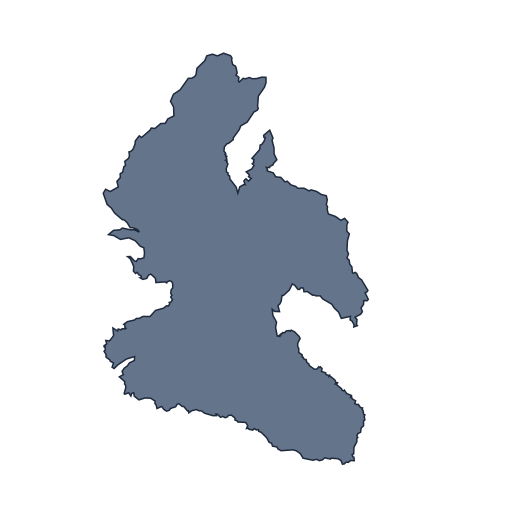 Quito, Pichincha, Ecuador, rotated 201°
{"feature_id": "8360857B23484517950931", "entity_name": "Quito", "entity_type": "district", "adm_level": 2, "iso_a3": "ECU", "parent_name": "Ecuador", "parent_adm1": "Pichincha", "projection": "albers", "projection_center": [-78.517, -0.167], "detail": "fine", "context": "isolated", "style": "filled", "palette": "slate", "viewbox_px": 512, "rotation_deg": 201, "n_neighbors": 0, "source": "geoboundaries", "source_scale": "gbopen_adm2", "svg_char_len": 6060}
<svg xmlns="http://www.w3.org/2000/svg" viewBox="0 0 512 512"><g transform="rotate(201 256 256)"><path d="M391.0,377.5L391.3,369.8L386.3,365.5L382.9,357.4L387.4,352.5L388.3,347.3L392.4,345.5L396.0,338.9L399.7,337.9L400.1,335.4L405.2,325.7L408.1,326.3L409.9,320.2L409.0,316.8L409.1,311.3L410.6,308.5L411.9,307.7L410.0,304.0L410.0,301.5L412.4,297.3L410.2,293.7L411.4,292.1L410.5,286.5L412.3,284.1L410.8,280.6L412.6,275.8L409.3,271.1L415.3,263.9L420.3,264.4L421.1,259.8L413.4,250.7L408.2,248.9L403.5,245.5L393.9,242.0L392.1,242.5L388.3,241.0L383.5,237.3L381.3,238.2L376.5,238.3L374.1,237.2L374.2,236.5L379.0,236.9L382.7,235.4L390.8,234.2L392.4,231.7L398.2,228.9L401.4,223.1L396.1,224.1L388.5,222.9L381.3,227.4L374.3,227.0L367.5,223.6L363.7,223.5L361.2,218.9L360.0,214.2L363.0,211.8L365.1,211.4L365.8,208.0L367.8,207.9L373.1,210.5L375.6,209.4L372.1,208.2L366.3,202.3L365.1,198.0L362.2,196.5L361.0,198.2L358.8,196.5L356.3,196.3L355.3,194.7L356.3,194.1L353.3,193.6L350.0,195.9L349.5,199.6L347.6,201.4L341.9,199.1L339.9,195.3L331.7,199.2L329.7,198.9L329.7,200.1L327.6,202.1L325.5,201.8L324.0,200.6L322.3,196.3L323.1,194.1L322.3,190.7L320.4,189.1L321.0,187.2L318.3,185.2L318.9,182.6L320.4,181.5L319.4,180.5L319.9,177.9L321.7,177.5L323.6,174.2L330.3,169.2L333.3,161.5L339.9,159.1L342.6,156.0L345.3,154.8L346.5,152.7L352.6,148.6L355.0,144.8L353.7,144.5L352.8,142.4L351.4,142.0L351.7,141.2L354.9,140.1L355.6,138.7L358.5,138.4L358.3,136.4L363.8,137.5L360.4,130.5L362.3,124.3L366.0,123.3L363.8,120.5L364.9,119.1L364.5,117.9L365.6,118.0L365.6,117.1L363.6,116.0L363.1,113.7L363.7,112.6L360.9,110.5L359.7,107.8L355.4,106.7L354.3,105.5L350.7,105.1L350.5,100.6L348.1,100.1L345.8,105.2L339.9,113.5L333.3,118.6L332.1,114.9L335.9,110.8L336.7,107.3L338.8,104.0L339.7,100.3L337.3,97.8L340.3,94.2L333.5,91.7L332.8,89.3L331.4,88.6L330.4,86.5L329.8,80.3L328.8,80.0L325.9,82.7L322.6,80.4L322.8,83.3L321.0,84.4L319.6,81.6L313.7,79.7L308.9,83.6L303.4,85.5L298.3,84.4L297.5,82.1L295.8,81.1L293.8,78.1L290.2,81.7L286.7,79.6L283.9,79.1L281.7,80.8L281.1,83.1L277.0,86.4L276.4,89.5L274.8,90.4L271.1,89.1L269.5,89.6L264.5,86.8L263.7,87.3L262.5,85.5L260.5,88.6L256.7,91.2L253.4,91.1L251.7,91.9L247.6,90.8L238.9,91.5L235.7,92.8L236.7,94.2L235.5,94.4L231.3,92.7L229.6,94.3L226.7,94.0L224.9,95.8L224.7,97.2L221.9,98.6L217.6,97.2L216.8,95.3L214.7,95.4L213.6,94.5L206.0,96.9L203.0,94.8L203.0,91.5L201.6,92.4L200.4,91.7L196.6,92.3L195.8,94.3L193.4,93.7L191.5,94.8L190.7,93.3L187.8,93.2L180.8,90.1L177.0,86.8L174.3,86.7L172.4,84.4L168.1,85.2L166.3,83.7L162.8,83.2L152.2,88.2L148.8,88.6L143.8,87.4L139.6,84.1L129.8,85.7L126.5,87.9L123.6,87.6L121.0,89.4L119.5,92.2L113.7,93.1L113.3,94.2L106.9,96.1L103.4,95.5L100.7,92.6L99.0,93.6L98.1,95.7L95.8,96.5L94.3,99.0L90.9,100.1L92.5,103.3L93.6,103.2L95.1,105.0L93.9,106.3L96.0,112.5L95.3,118.8L96.6,122.0L95.9,123.0L97.5,124.6L97.1,126.9L95.2,128.9L96.2,133.2L94.7,136.0L96.5,140.5L95.6,142.0L97.4,144.8L97.4,146.7L98.7,146.7L100.8,150.3L102.0,150.8L102.0,152.3L104.2,152.0L107.4,154.2L108.5,153.4L110.9,153.6L111.1,156.5L115.0,157.1L116.1,158.6L117.0,158.0L116.9,160.0L122.1,160.1L125.5,162.5L126.2,161.4L127.6,161.5L128.6,162.8L135.0,164.8L134.7,165.6L136.0,165.2L135.0,166.8L136.0,166.5L137.9,168.5L143.9,170.5L144.6,169.7L144.8,171.1L145.9,170.3L148.7,170.7L149.1,171.9L153.5,171.7L154.0,174.6L156.2,175.6L157.0,174.6L157.7,175.0L158.6,172.3L160.9,171.2L167.0,172.8L168.0,174.2L170.4,174.8L172.1,177.3L174.0,176.8L175.7,178.4L176.7,178.2L177.4,180.2L181.5,181.3L182.9,184.9L184.8,186.7L185.8,190.0L185.2,194.7L186.8,196.3L192.7,199.0L196.6,199.4L197.3,197.9L198.3,198.3L200.9,196.9L201.7,194.7L203.5,194.2L203.5,192.7L203.8,193.4L204.6,192.6L204.5,191.3L204.9,191.9L206.1,189.9L205.6,189.3L207.5,188.9L212.1,196.3L213.1,201.6L218.9,206.5L221.7,212.0L218.7,210.9L214.1,212.5L217.7,217.6L216.5,219.9L216.3,223.0L217.6,228.4L216.2,229.0L212.7,236.1L212.1,242.9L209.5,242.6L204.8,239.8L203.4,240.4L202.7,242.4L200.3,243.0L198.4,239.8L195.3,241.2L189.0,239.6L187.8,240.6L186.0,240.2L181.7,241.8L178.5,239.9L167.8,238.1L164.7,235.7L158.7,233.1L154.0,228.3L146.2,233.5L145.3,230.1L143.1,229.7L139.8,227.0L139.3,224.8L136.4,227.3L137.6,228.0L138.9,232.9L141.6,234.3L137.4,239.2L136.7,242.1L139.3,245.2L138.3,249.1L139.3,253.1L136.3,254.0L135.6,255.7L141.0,260.9L139.4,262.5L139.2,264.0L149.0,271.6L152.6,272.6L155.6,275.7L157.6,276.3L158.9,274.7L160.0,275.0L162.6,280.2L165.5,281.9L167.6,285.6L170.4,286.7L170.4,291.2L173.1,293.9L176.1,303.0L176.8,310.1L180.1,311.7L182.4,317.7L182.2,320.5L186.8,322.9L189.6,319.7L196.0,321.4L203.6,321.2L206.3,325.1L206.9,327.7L208.7,329.0L209.6,334.0L212.0,337.5L216.9,336.8L222.6,338.0L228.3,337.5L229.7,335.8L235.4,336.5L241.3,334.2L243.9,335.2L248.7,334.9L253.7,337.0L255.5,335.6L261.0,338.3L265.9,337.0L269.7,339.8L276.1,339.5L276.3,340.9L278.1,342.4L275.0,343.4L275.1,344.8L272.8,347.0L272.9,348.6L271.0,353.3L275.7,357.8L278.0,363.5L282.5,369.8L282.4,372.2L288.3,378.4L292.1,371.4L291.0,369.5L289.8,369.9L289.6,366.1L290.6,362.2L291.9,361.1L290.7,356.6L294.8,345.7L292.3,345.1L292.3,343.4L291.5,342.6L292.6,340.8L290.3,339.9L291.1,335.8L295.3,331.1L291.7,329.5L291.0,328.8L291.4,327.3L288.3,326.8L289.9,323.2L293.0,324.5L293.6,323.6L294.2,321.6L291.6,318.7L292.9,318.4L295.9,314.9L295.5,308.2L299.2,313.2L307.9,318.5L309.3,321.2L311.2,321.7L311.8,323.5L313.6,323.8L315.0,326.7L315.3,332.1L317.1,333.1L316.9,334.3L318.8,334.5L317.9,335.9L319.0,337.1L318.9,338.5L320.0,338.3L320.5,339.9L321.3,339.7L321.2,341.1L323.5,342.4L324.6,346.5L323.4,350.4L322.0,351.3L319.0,356.4L319.5,358.3L316.9,368.0L316.9,372.0L312.2,377.8L309.6,389.6L307.0,392.6L306.8,394.7L308.1,396.1L311.1,406.2L308.6,416.4L308.7,421.2L310.7,426.4L314.6,425.1L319.3,421.7L323.3,420.1L326.1,420.3L329.2,417.7L331.7,417.3L334.0,412.4L335.1,413.1L336.0,416.7L339.6,417.7L339.1,420.0L342.2,424.9L343.3,425.9L346.4,426.4L349.0,430.2L349.3,432.1L351.6,433.9L359.0,433.7L363.7,429.0L369.0,428.8L373.7,425.2L373.8,419.9L378.4,410.1L377.0,403.9L377.6,401.6L379.6,399.0L382.9,397.6L386.4,383.9L391.0,377.5Z" fill="#64748b" stroke="#1e293b" stroke-width="1.5"/></g></svg>